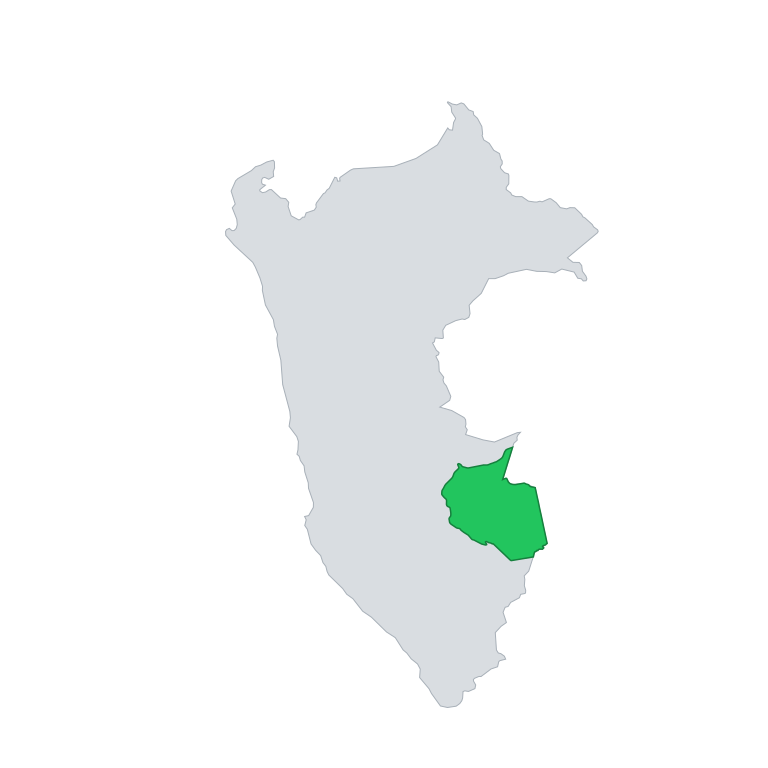 where Madre de Dios sits in Peru, rotated 17°
{"feature_id": "PER-572", "entity_name": "Madre de Dios", "entity_type": "Department", "adm_level": 1, "iso_a3": "PER", "parent_name": "Peru", "parent_adm1": "", "projection": "albers", "projection_center": [-70.763, -11.651], "detail": "fine", "context": "in_parent", "style": "filled", "palette": "green", "viewbox_px": 768, "rotation_deg": 17, "n_neighbors": 0, "source": "natural_earth", "source_scale": "10m", "svg_char_len": 6223}
<svg xmlns="http://www.w3.org/2000/svg" viewBox="0 0 768 768"><g transform="rotate(17 384 384)"><path d="M547.3,224.2L547.0,226.2L544.4,227.2L542.0,225.7L538.4,226.2L533.1,221.4L520.4,222.1L514.8,227.8L506.4,229.0L497.1,231.6L486.7,232.7L470.4,241.8L466.7,245.5L459.4,250.8L453.3,252.6L450.5,268.9L444.7,278.5L442.4,283.8L445.7,291.6L445.6,295.5L442.4,298.7L439.7,299.0L434.1,302.4L425.9,309.8L424.5,315.3L427.3,322.6L426.4,323.5L419.5,324.9L419.8,329.0L418.4,330.6L424.2,336.4L427.4,337.8L427.6,339.3L427.1,340.7L425.8,341.4L425.7,342.7L429.9,347.0L433.1,355.7L439.1,360.0L439.2,362.8L441.0,365.5L444.2,367.6L451.5,376.3L451.6,380.4L444.1,389.8L456.6,389.6L470.4,392.7L472.4,394.2L474.1,398.4L474.3,401.2L477.0,403.4L476.8,408.5L494.9,408.5L506.6,407.2L525.6,391.6L528.6,390.3L527.0,393.7L526.7,396.1L527.8,398.8L525.5,402.7L525.4,440.7L528.8,438.7L533.2,442.2L536.4,442.4L546.8,438.1L558.8,438.9L586.6,488.8L584.1,492.1L584.2,494.7L580.8,496.8L577.3,500.8L577.1,520.6L574.2,526.5L575.8,529.7L577.2,535.9L579.8,539.8L580.4,542.2L580.1,543.1L576.2,545.2L576.0,548.8L569.0,555.8L567.7,560.5L565.1,562.1L564.6,567.5L570.8,576.3L566.8,581.5L563.1,589.2L569.3,605.5L571.9,607.8L574.6,607.7L578.7,609.1L580.8,611.6L575.8,614.6L574.9,615.9L575.3,621.2L569.7,625.2L562.3,635.4L560.3,635.9L556.6,639.0L555.9,640.5L556.5,642.0L559.7,645.0L560.0,648.7L554.7,653.3L551.0,653.8L549.5,655.0L551.0,661.3L551.0,664.1L549.9,667.4L547.2,671.0L539.3,674.8L532.1,675.4L519.9,666.1L516.1,662.2L503.9,654.3L502.0,646.0L497.9,641.9L490.4,638.9L484.5,634.6L480.0,632.7L469.0,623.3L458.9,620.4L440.2,610.7L430.0,607.5L417.0,598.4L409.9,596.0L404.3,591.7L387.1,582.8L384.4,579.9L381.7,575.4L377.9,572.7L373.6,566.6L367.2,563.0L361.0,558.3L353.2,545.4L349.6,542.5L349.3,536.6L346.8,533.9L350.4,531.9L352.5,522.6L351.2,518.0L342.3,505.8L340.5,500.7L334.0,491.3L331.5,485.6L326.4,481.6L324.1,478.0L321.3,476.6L321.0,472.2L318.9,463.9L316.0,459.8L305.6,452.2L304.4,443.7L302.0,437.8L287.3,414.2L278.4,391.4L271.1,378.8L268.1,371.5L267.7,367.6L262.4,360.9L259.4,354.8L247.5,343.1L240.3,330.0L239.3,326.1L234.4,318.9L226.7,309.7L222.9,306.0L200.1,295.0L189.3,288.2L187.9,284.6L188.3,282.4L190.6,280.4L193.8,281.8L195.8,281.1L197.2,278.4L197.1,274.5L195.0,269.4L187.4,259.9L189.1,255.4L181.4,244.2L182.7,233.1L184.2,230.3L194.8,218.7L197.6,213.8L202.2,210.7L206.9,206.0L212.6,202.4L214.2,203.5L216.2,209.4L216.0,213.4L217.8,217.8L213.9,221.9L209.6,221.3L207.9,222.3L207.3,224.2L208.1,227.2L209.3,228.5L212.5,228.5L208.4,234.5L208.7,235.6L211.8,236.6L214.7,235.0L217.6,231.6L219.5,231.0L230.7,236.4L235.8,235.5L239.8,238.1L240.4,242.3L246.1,250.3L254.4,252.0L255.7,251.3L257.5,248.2L259.3,247.7L259.5,243.1L266.5,238.1L267.5,234.7L266.4,232.4L266.5,230.5L270.4,219.6L271.7,218.5L272.8,215.0L274.4,212.9L276.5,200.7L278.5,200.7L280.4,203.6L282.6,202.7L281.4,200.1L281.7,199.1L289.4,189.3L291.8,187.2L329.8,173.0L348.6,159.0L365.2,139.7L370.1,120.5L372.1,121.8L375.3,121.2L374.1,113.6L374.8,109.9L374.7,108.8L369.3,104.2L367.1,99.2L362.4,96.4L362.6,95.4L367.5,96.3L372.0,95.8L375.7,92.6L378.5,92.8L384.9,97.1L389.6,97.4L391.1,100.4L395.7,102.6L402.3,109.2L405.3,116.3L405.1,117.6L408.0,121.4L414.3,123.1L420.6,128.4L427.1,129.9L430.0,134.7L431.8,136.2L432.7,139.0L431.7,142.2L432.7,143.9L437.5,146.7L441.6,146.8L442.5,148.2L444.8,156.1L443.4,160.1L444.0,162.3L449.3,164.2L450.9,165.9L455.1,166.3L461.1,164.5L468.6,166.9L474.4,166.0L477.0,165.3L479.7,163.6L481.9,163.6L487.8,158.5L489.4,158.1L495.7,160.3L501.0,163.8L507.5,163.1L510.2,161.0L514.9,159.7L523.4,164.0L525.3,166.0L527.6,166.4L536.7,170.7L538.4,172.4L543.2,174.1L544.2,175.4L543.9,177.0L522.5,209.7L529.1,212.4L535.2,210.7L538.4,212.9L540.8,218.2L545.6,221.8L547.3,224.2Z" fill="#d9dde1" stroke="#a8b0b8" stroke-width="1"/><path d="M558.3,438.9L558.9,438.9L559.0,439.1L559.1,439.3L559.2,439.5L559.3,439.7L559.4,439.9L559.5,440.1L559.7,440.3L559.8,440.5L563.0,446.3L566.3,452.1L569.5,458.0L572.8,463.8L576.0,469.6L579.2,475.4L582.5,481.3L585.7,487.1L586.5,488.5L586.6,488.8L586.3,488.9L586.1,489.2L585.9,489.8L585.7,490.3L585.3,490.8L584.8,491.2L583.9,491.7L583.5,492.1L583.2,492.5L583.1,493.0L583.4,493.4L584.4,493.6L584.7,494.0L584.0,495.4L583.8,495.7L581.2,496.4L580.5,496.8L580.1,497.5L579.7,498.4L579.0,498.3L578.6,498.9L578.3,499.7L577.3,500.4L577.1,501.2L577.1,502.5L577.4,505.7L557.7,515.5L557.2,515.7L556.3,515.5L535.4,505.0L534.9,504.9L534.3,505.3L533.3,505.0L532.2,504.9L530.6,505.1L529.1,504.8L528.1,504.7L527.7,504.8L527.4,505.0L527.2,505.4L527.4,505.8L527.7,506.2L528.1,506.5L528.9,507.0L529.1,507.3L529.1,507.7L528.7,508.0L528.1,508.3L524.2,508.5L515.5,506.9L514.6,507.0L513.6,506.9L513.1,506.7L509.2,504.2L508.7,503.9L503.9,502.6L500.6,501.4L500.1,501.1L499.3,500.5L499.0,500.3L498.6,500.2L497.9,500.2L496.3,500.4L495.7,500.4L495.1,500.3L489.2,498.5L488.4,498.1L487.4,497.4L486.9,496.6L486.1,494.9L485.8,494.4L485.6,493.9L485.6,493.1L485.7,492.5L486.3,491.1L486.3,490.4L486.1,489.3L485.6,487.8L484.5,485.4L483.8,484.0L483.6,483.5L483.2,483.1L482.9,482.9L482.6,482.8L482.2,482.7L481.7,482.6L480.8,482.5L479.9,482.1L479.5,481.7L479.2,481.3L478.9,480.8L478.0,477.5L477.7,476.8L477.4,476.3L477.0,476.0L474.7,474.9L472.2,473.3L471.6,472.7L471.4,472.4L471.3,472.1L470.7,469.4L470.7,469.0L470.9,467.8L471.2,466.9L471.6,464.9L471.8,463.6L472.3,461.9L476.4,454.2L476.9,452.5L477.0,450.5L477.0,449.8L477.1,448.8L477.3,448.2L477.6,447.3L479.9,443.2L480.0,442.7L480.1,442.3L479.8,441.7L478.1,439.6L478.0,439.2L478.1,438.9L478.4,438.5L478.9,438.3L480.1,438.4L480.8,438.6L481.3,438.8L482.6,439.8L482.9,439.9L483.6,440.1L488.0,439.9L488.8,439.8L489.1,439.7L503.0,432.3L505.7,431.5L506.4,431.3L507.6,430.5L509.4,429.0L511.0,427.9L513.0,426.3L513.5,426.0L514.3,425.4L517.3,421.8L518.3,420.3L518.7,419.2L518.9,418.1L519.2,413.7L519.4,413.0L519.8,411.6L520.3,410.9L521.3,410.0L525.5,406.9L525.5,409.5L525.5,413.6L525.5,417.7L525.4,421.8L525.4,425.9L525.4,430.0L525.4,434.0L525.4,438.1L525.4,440.7L528.1,438.5L528.8,438.4L529.6,439.1L531.0,440.8L531.8,441.5L533.3,442.3L534.8,442.5L536.5,442.4L538.0,442.1L539.3,441.7L547.0,437.8L548.3,437.9L548.9,438.1L549.5,438.1L550.8,438.0L551.6,438.1L552.2,438.3L553.3,439.1L554.4,439.3L558.3,438.9Z" fill="#22c55e" stroke="#15803d" stroke-width="1.5"/></g></svg>